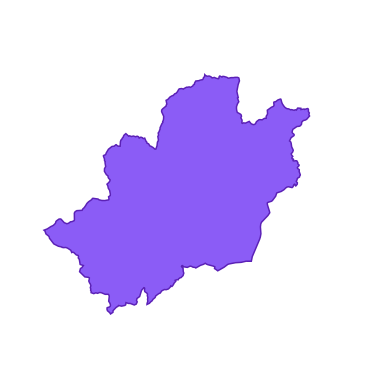 outline of Hoanh Bo, Quảng Ninh, Vietnam, rotated 324°
{"feature_id": "81297802B7752291855220", "entity_name": "Hoanh Bo", "entity_type": "district", "adm_level": 2, "iso_a3": "VNM", "parent_name": "Vietnam", "parent_adm1": "Quảng Ninh", "projection": "albers", "projection_center": [107.022, 21.107], "detail": "fine", "context": "isolated", "style": "filled", "palette": "violet", "viewbox_px": 384, "rotation_deg": 324, "n_neighbors": 0, "source": "geoboundaries", "source_scale": "gbopen_adm2", "svg_char_len": 6037}
<svg xmlns="http://www.w3.org/2000/svg" viewBox="0 0 384 384"><g transform="rotate(324 192 192)"><path d="M149.5,108.3L145.6,110.0L144.1,111.0L141.9,110.5L141.5,110.7L140.6,113.8L139.6,115.3L139.6,116.5L138.9,117.1L137.1,120.7L134.9,121.7L133.3,123.8L132.9,127.7L133.5,129.4L132.8,130.9L132.6,131.8L132.9,134.0L132.2,134.7L130.4,135.4L127.8,135.7L127.5,137.6L126.5,139.7L126.3,142.3L124.7,145.7L123.8,146.8L121.7,146.8L120.8,148.7L120.2,149.3L119.8,149.3L116.5,147.7L114.1,145.9L112.2,143.7L111.9,142.5L111.5,142.1L108.2,138.9L107.6,138.7L106.4,139.2L102.5,139.1L100.2,139.5L97.9,140.5L95.6,141.3L93.8,141.5L92.3,142.2L87.9,139.4L86.0,139.2L84.4,139.9L80.6,145.3L79.8,145.9L77.7,145.5L76.2,144.7L73.6,144.7L72.1,144.1L70.6,141.7L70.1,137.0L69.5,136.3L68.4,135.7L65.3,135.7L64.4,136.0L63.5,136.8L62.8,137.1L60.2,137.5L57.4,137.0L53.3,136.8L49.8,135.9L50.1,137.2L49.2,140.1L50.1,143.3L50.1,144.3L49.5,145.7L49.7,152.8L52.0,157.3L54.3,159.9L54.3,160.4L55.5,161.6L57.3,162.7L58.3,164.2L59.7,167.9L59.1,170.3L60.1,170.5L60.8,171.5L61.4,174.9L62.6,176.4L62.3,177.4L61.3,178.4L61.1,179.1L61.3,180.1L58.9,184.9L60.9,187.6L58.4,188.5L56.8,188.3L54.2,190.4L55.4,197.7L58.0,200.1L58.5,201.1L57.5,202.3L56.2,203.3L55.7,205.2L55.7,206.5L55.1,208.4L53.5,209.6L53.1,210.9L52.1,212.1L52.0,213.2L51.2,214.1L52.8,216.5L54.9,217.0L56.1,218.5L58.0,218.9L59.4,220.1L61.6,223.7L64.1,225.5L64.2,226.6L63.7,227.8L60.4,231.4L60.2,233.8L59.7,235.3L59.4,235.8L58.6,236.4L57.6,236.5L55.4,235.7L54.4,236.7L53.8,238.3L54.5,241.2L54.4,242.8L57.3,242.9L58.4,241.6L62.7,240.8L63.7,240.8L64.9,241.0L65.8,240.6L68.0,243.0L71.0,244.3L72.0,244.3L73.6,242.7L75.1,244.8L76.5,245.8L78.9,249.5L81.0,249.9L83.1,248.7L83.3,247.2L84.9,245.8L88.2,245.8L93.4,241.9L96.8,241.1L97.2,241.6L97.1,242.1L95.8,243.6L95.3,244.7L95.4,245.4L96.0,247.0L96.0,248.4L94.9,249.6L94.3,251.3L92.8,252.9L92.1,254.3L90.2,255.7L89.5,256.5L92.2,257.0L94.0,256.6L95.6,256.6L97.4,255.9L100.1,255.7L101.7,254.7L105.5,254.7L106.9,255.1L109.4,254.2L112.2,254.6L113.8,255.9L116.0,256.6L118.7,256.1L119.7,255.5L120.2,256.6L121.1,256.5L123.0,255.8L123.4,255.4L126.6,254.6L126.8,254.2L126.6,253.6L128.4,254.1L129.1,254.9L130.1,254.4L131.9,254.4L132.7,254.8L135.6,254.4L137.7,252.8L138.2,251.2L139.9,248.5L139.7,246.1L140.3,245.7L140.7,245.7L141.2,246.1L141.1,247.0L141.5,248.0L142.2,248.3L142.8,249.2L144.0,250.3L146.7,250.8L147.2,251.1L148.0,252.1L148.6,253.4L150.2,254.9L150.4,255.7L155.7,256.3L158.9,257.3L160.8,257.4L161.3,258.8L162.1,260.1L165.7,264.5L166.5,265.9L165.2,267.2L165.7,268.2L166.5,270.9L173.7,271.7L178.5,271.6L179.7,272.0L185.7,274.8L190.4,277.8L195.1,279.8L199.3,282.9L202.8,279.7L218.9,270.0L220.8,268.6L223.2,266.3L226.8,260.5L228.9,258.2L230.6,257.3L239.7,255.6L242.7,254.5L243.4,252.9L245.4,247.0L246.0,245.7L246.7,245.0L247.6,245.1L250.8,246.2L252.0,246.2L257.2,244.6L259.8,242.7L260.2,242.6L264.5,244.0L267.8,244.2L270.3,243.8L272.0,243.9L273.2,244.5L275.2,246.9L275.8,247.3L276.9,247.1L278.4,246.1L279.4,245.9L279.6,246.0L279.8,246.5L279.3,247.4L279.4,248.0L279.9,248.1L281.8,247.5L282.7,246.4L282.5,245.0L282.8,244.5L284.0,244.0L285.0,243.1L285.8,242.9L287.7,243.1L288.8,242.2L289.5,242.0L289.8,241.6L290.7,238.5L291.9,237.0L291.3,235.2L291.4,234.4L291.9,234.0L294.0,233.6L294.5,233.2L294.2,231.3L294.9,230.5L295.1,228.4L294.4,227.7L293.5,227.3L292.2,226.3L292.3,225.8L293.3,225.3L293.2,224.6L292.6,224.0L292.6,223.7L293.2,222.8L294.5,222.4L294.3,220.8L294.7,219.4L296.8,218.9L298.3,217.9L298.6,217.2L299.2,214.0L300.9,210.8L301.3,209.5L300.9,208.0L304.1,206.3L307.7,206.3L308.3,205.7L308.4,205.2L308.0,203.5L308.0,202.7L308.8,201.8L310.4,200.6L315.4,200.7L317.5,201.9L318.8,202.1L320.5,201.5L321.8,200.0L324.1,199.6L325.9,200.4L327.5,200.6L331.8,199.6L332.0,198.1L333.4,197.0L333.5,195.2L334.7,193.7L334.8,193.2L334.8,192.7L334.4,192.3L331.6,191.4L331.5,190.8L328.6,189.3L329.3,188.3L327.1,186.4L326.7,186.2L324.6,187.1L323.8,186.1L322.7,186.0L321.0,183.9L320.1,183.5L319.1,181.6L317.8,180.4L317.1,178.8L316.8,177.3L316.9,174.0L317.3,172.2L318.4,169.4L318.4,169.0L318.0,168.7L315.5,168.0L312.8,168.1L311.3,167.4L310.6,167.8L309.4,170.0L308.5,170.5L307.7,170.5L306.2,170.1L301.0,170.1L299.2,173.0L298.4,173.6L296.6,174.3L295.3,176.0L293.9,175.0L291.1,174.8L289.4,173.3L288.6,172.9L285.5,173.0L283.4,174.1L282.0,174.0L281.1,173.4L280.0,171.6L279.8,168.5L275.7,167.7L274.4,166.4L273.1,166.1L272.9,165.4L274.3,163.9L274.8,163.1L275.1,160.7L276.5,159.9L277.0,158.8L277.1,158.0L276.8,157.1L275.5,154.4L275.5,153.9L276.2,152.1L277.2,150.4L278.2,149.1L280.8,147.3L282.9,146.5L284.0,142.7L284.9,142.8L287.4,137.0L292.4,132.3L295.7,130.0L296.9,127.4L296.8,126.9L296.0,125.8L293.8,124.3L292.7,123.8L290.8,122.4L288.8,121.6L288.2,121.2L287.6,119.7L285.6,117.1L284.7,116.5L283.8,116.6L282.7,114.5L281.9,114.6L280.3,115.9L279.8,115.8L278.2,113.9L277.5,112.5L275.3,111.5L275.2,110.4L274.5,108.9L274.0,108.2L272.5,107.4L272.0,106.8L271.4,105.5L271.3,104.6L270.1,105.9L268.2,106.4L267.8,106.9L266.6,107.3L264.4,106.3L263.1,106.0L260.2,104.4L257.9,105.5L257.2,106.3L255.8,106.2L254.9,106.7L252.2,106.4L251.5,105.3L250.1,104.7L249.1,104.0L246.2,103.6L245.6,103.7L244.4,102.2L242.6,101.2L241.7,101.1L239.2,102.3L237.2,102.8L235.7,102.4L233.4,102.9L232.8,102.5L230.1,102.2L226.8,102.9L224.9,102.6L223.3,106.1L222.1,106.6L221.7,107.2L217.0,107.5L215.6,107.9L214.6,109.2L213.6,114.1L211.9,116.2L210.6,117.4L209.8,117.6L209.3,118.6L207.9,119.0L204.0,121.2L203.0,122.5L202.1,122.9L201.2,123.7L199.3,124.4L198.4,126.3L197.0,127.0L195.5,130.0L194.5,130.9L193.4,131.3L190.8,134.1L188.0,136.0L187.2,135.5L186.6,133.0L185.6,130.7L185.0,130.0L185.2,127.5L184.3,125.9L184.8,124.8L184.6,124.1L185.4,120.6L184.0,120.2L183.8,119.8L183.8,119.0L182.9,117.6L181.0,117.3L181.2,116.0L180.7,114.9L179.9,114.4L178.9,114.2L177.5,112.3L175.5,111.4L174.6,109.9L173.6,109.7L172.8,105.9L170.7,106.0L169.3,106.6L168.4,107.3L167.1,107.5L166.0,108.2L165.0,108.2L163.6,109.3L160.8,112.7L159.3,111.6L158.8,110.7L158.5,109.2L158.1,109.0L156.0,109.2L154.0,108.1L149.5,108.3Z" fill="#8b5cf6" stroke="#5b21b6" stroke-width="1.5"/></g></svg>